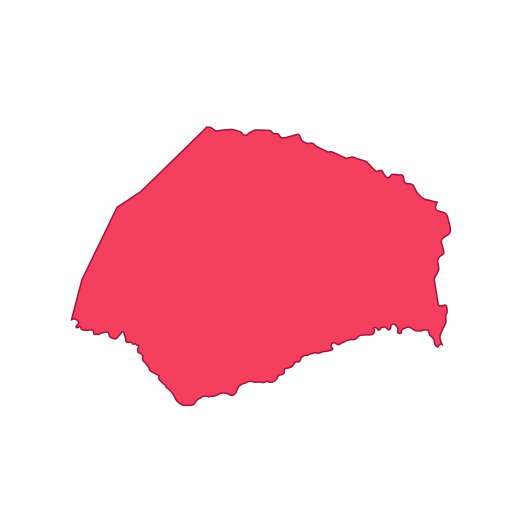 Unión Cantinil, Huehuetenango, Guatemala (Albers equal-area conic projection), rotated 164°
{"feature_id": "79465075B38315595445593", "entity_name": "Unión Cantinil", "entity_type": "district", "adm_level": 2, "iso_a3": "GTM", "parent_name": "Guatemala", "parent_adm1": "Huehuetenango", "projection": "albers", "projection_center": [-91.745, 15.587], "detail": "fine", "context": "isolated", "style": "filled", "palette": "rose", "viewbox_px": 512, "rotation_deg": 164, "n_neighbors": 0, "source": "geoboundaries", "source_scale": "gbopen_adm2", "svg_char_len": 6082}
<svg xmlns="http://www.w3.org/2000/svg" viewBox="0 0 512 512"><g transform="rotate(164 256 256)"><path d="M450.9,245.6L449.1,245.7L448.0,245.7L447.1,245.1L446.0,244.1L444.9,242.5L444.9,241.3L445.0,240.2L445.8,239.5L447.2,238.9L448.2,238.0L448.5,237.1L448.1,236.4L447.1,236.3L445.1,236.7L444.3,236.7L444.0,236.3L444.1,235.3L444.2,234.1L443.7,233.3L442.8,232.6L442.0,232.1L441.4,231.9L439.6,231.4L435.0,230.4L434.1,230.1L433.2,229.2L433.0,228.2L433.3,226.8L433.4,226.0L432.8,225.3L431.7,224.7L430.5,224.8L429.5,224.1L428.4,224.0L427.6,224.2L426.8,224.8L426.1,224.8L424.8,224.4L421.5,224.3L420.4,224.1L419.1,223.5L418.9,222.8L419.0,220.1L418.8,218.7L418.0,217.6L416.2,216.1L413.8,215.0L412.9,215.1L407.4,218.7L405.9,220.0L405.2,220.0L404.4,219.4L404.0,218.7L403.9,218.0L404.3,216.9L404.0,213.6L404.0,212.1L404.5,211.0L404.5,210.0L404.1,208.9L401.7,207.9L400.5,207.6L399.7,207.3L399.1,206.4L398.9,205.5L398.1,205.0L397.4,204.9L396.1,205.0L395.6,204.0L395.1,203.2L393.8,202.6L393.7,202.2L393.7,201.5L395.5,199.0L395.7,198.3L395.9,196.7L395.8,195.6L393.9,194.3L392.9,192.7L392.5,191.7L392.4,191.3L393.3,188.7L393.5,187.5L393.4,186.2L391.9,184.0L391.5,183.3L391.4,182.1L389.8,178.6L389.7,175.5L387.3,172.5L385.7,171.2L384.7,169.8L383.1,168.7L382.4,168.0L382.1,167.0L382.9,166.2L383.1,165.3L383.1,163.7L379.6,157.8L378.8,156.8L378.6,156.0L378.5,154.5L377.9,153.6L376.9,152.6L376.3,151.6L375.6,150.1L374.4,147.8L373.4,144.8L372.5,139.9L371.7,138.1L370.6,136.0L369.1,134.3L367.9,133.1L365.6,132.1L363.1,131.3L359.9,130.5L357.7,130.2L356.2,130.8L352.9,133.5L351.1,134.2L349.0,134.7L347.9,135.0L346.8,135.6L345.6,135.6L343.8,135.4L342.7,135.1L340.0,133.6L337.7,133.6L336.5,133.2L335.0,132.9L331.0,133.1L329.5,133.5L327.5,133.7L326.3,133.7L324.6,133.3L321.4,131.5L319.9,130.4L319.4,129.5L317.3,128.5L315.6,128.7L314.0,129.4L312.7,130.4L311.3,132.3L308.3,135.6L306.5,136.3L304.8,136.7L300.9,136.9L299.0,137.4L297.4,137.4L295.8,137.1L291.9,135.0L288.8,134.2L286.8,133.8L284.4,132.4L282.8,132.2L281.1,132.3L280.2,132.6L279.2,132.1L278.1,131.2L276.5,130.5L275.3,130.3L273.6,130.4L271.7,131.2L269.9,132.0L267.3,135.2L264.3,134.8L262.4,135.1L261.6,135.4L261.0,136.0L259.9,139.4L259.0,139.8L255.6,139.4L253.6,139.4L251.8,139.8L250.1,141.0L248.2,142.7L247.3,143.2L245.8,143.1L245.0,142.7L244.3,142.5L243.3,142.6L242.8,143.0L242.0,143.8L241.1,145.2L240.1,146.0L238.0,146.8L236.6,147.0L235.6,146.9L234.2,146.3L231.7,146.8L229.2,146.9L226.7,146.8L225.3,146.6L223.4,145.5L221.9,145.2L218.1,145.5L216.7,145.4L213.1,144.8L209.2,144.8L208.3,145.0L208.0,145.2L207.8,145.9L207.8,146.4L208.5,147.2L208.6,148.5L208.3,149.7L207.3,150.7L206.3,151.3L205.1,151.1L204.0,150.6L202.1,148.5L201.1,148.1L199.9,148.1L198.8,148.3L197.8,148.8L195.7,149.0L192.9,149.6L191.5,149.7L189.4,149.7L187.2,149.5L185.9,148.8L184.8,148.6L183.2,148.8L182.1,149.2L181.0,149.6L180.1,150.4L179.2,150.7L177.5,150.9L173.2,150.2L168.0,148.7L166.5,148.6L165.1,148.8L164.1,149.5L163.2,150.3L162.7,151.6L162.7,154.0L162.3,154.6L161.4,154.6L160.3,153.8L159.1,152.5L159.0,151.4L158.7,150.9L157.6,150.9L155.5,152.6L152.3,152.5L151.4,152.1L150.7,151.2L149.9,149.8L149.2,148.8L148.5,148.2L147.6,148.6L146.3,149.9L145.8,151.2L145.2,152.2L144.4,152.7L143.3,152.9L142.3,152.8L140.1,149.5L139.6,147.0L139.9,145.9L140.3,145.2L140.8,144.1L140.8,143.4L139.5,142.0L138.9,141.7L137.9,141.8L137.4,142.0L137.1,143.0L137.1,143.6L136.2,144.6L135.1,145.3L134.0,145.5L129.8,145.8L128.7,145.6L127.4,144.6L123.0,139.9L120.9,139.3L120.0,139.1L118.5,138.5L114.4,138.5L113.4,138.3L111.9,137.6L110.9,136.8L110.8,135.9L110.9,133.9L110.8,132.2L110.2,131.0L109.6,130.2L108.4,128.1L108.5,127.4L107.9,126.6L107.9,125.2L108.0,124.4L108.4,123.6L108.5,122.5L108.1,121.5L107.8,119.9L107.2,118.9L106.6,118.5L106.1,118.6L103.8,120.2L103.0,120.5L102.3,120.4L101.5,119.6L101.9,123.5L101.9,124.4L101.7,126.6L101.4,127.8L100.0,130.2L95.8,135.2L92.0,139.4L91.2,141.5L90.1,146.1L89.5,147.0L88.2,148.6L87.8,149.2L87.4,150.5L86.9,153.1L86.7,155.4L86.9,156.0L87.2,156.4L87.7,156.7L91.9,157.0L92.5,157.2L93.2,157.6L93.8,158.3L94.1,159.6L91.8,179.2L91.0,184.4L90.5,185.3L89.7,186.3L85.2,191.1L84.4,192.0L83.8,193.5L83.4,195.4L82.9,200.7L82.1,202.3L80.4,204.3L79.6,204.8L78.2,205.4L76.3,205.9L75.0,206.5L74.7,207.0L74.3,208.1L74.2,209.8L74.0,218.2L73.4,219.9L72.8,220.7L71.9,221.5L70.6,222.0L68.9,222.6L66.7,223.1L65.5,223.5L63.8,224.5L63.0,225.3L62.3,226.4L61.7,229.0L61.3,231.7L61.1,241.0L61.2,242.7L61.4,243.5L62.1,244.7L63.3,245.8L64.7,246.8L69.4,249.7L69.8,250.2L70.1,251.0L70.2,252.3L70.1,253.6L69.6,254.5L68.5,255.9L67.0,257.8L71.0,259.9L73.9,261.7L75.9,262.7L77.6,263.7L79.4,265.2L80.9,267.0L82.4,269.8L83.7,272.7L84.6,276.8L85.2,280.0L85.6,280.9L86.2,281.7L87.0,282.3L88.5,283.1L91.5,284.2L92.1,284.8L92.6,285.4L92.9,286.5L92.9,288.2L92.6,290.7L92.6,292.1L92.7,292.8L93.1,293.4L93.5,293.7L96.8,294.7L99.7,296.1L100.8,296.3L102.4,296.9L103.2,296.9L104.1,296.4L105.2,295.4L105.9,295.0L106.6,294.8L107.2,294.8L108.2,295.1L109.0,295.7L109.5,296.6L110.4,299.1L111.3,303.1L111.6,303.6L112.3,303.9L113.8,304.1L116.2,304.0L116.9,304.2L117.7,304.9L119.5,307.8L123.2,315.3L124.0,316.4L125.6,317.6L131.6,321.4L134.5,323.7L135.6,324.4L136.7,324.7L139.3,324.8L141.1,324.8L142.1,324.9L142.6,325.1L143.9,326.3L153.3,334.4L154.3,335.2L155.3,335.6L156.7,335.8L158.0,336.1L159.0,336.8L167.1,344.0L168.1,345.2L168.8,346.2L169.2,347.3L170.0,348.3L171.1,349.0L172.3,349.4L174.6,349.7L175.7,350.1L177.3,351.2L179.9,354.0L180.3,355.1L180.7,357.6L180.8,359.0L181.1,360.4L181.3,360.8L181.9,361.3L182.9,361.5L194.4,361.6L197.8,362.1L198.6,362.5L199.3,363.1L200.2,365.0L200.8,366.9L201.7,367.6L204.1,368.1L204.8,368.4L205.3,368.8L207.3,372.0L207.9,372.6L209.2,373.3L221.0,377.1L222.6,377.3L224.1,377.2L228.6,376.2L231.3,375.0L231.9,374.8L233.1,374.9L234.2,375.6L234.9,376.3L236.0,378.6L236.7,379.5L237.8,380.4L242.2,383.2L243.3,383.8L245.0,384.6L247.9,385.1L254.3,386.4L257.0,386.7L258.9,386.7L259.7,387.1L260.9,388.0L261.5,388.8L262.4,390.0L264.0,391.9L264.8,392.4L267.3,393.2L267.9,393.5L271.6,391.3L348.9,349.7L376.1,341.1L429.9,281.1L450.9,245.6Z" fill="#f43f5e" stroke="#9f1239" stroke-width="1.5"/></g></svg>